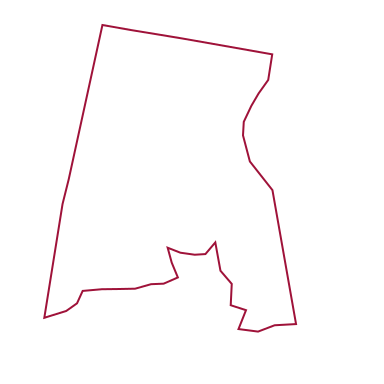 the district of São Vendelino, Rio Grande do Sul, Brazil, rotated 10°
{"feature_id": "56859067B53774247031455", "entity_name": "São Vendelino", "entity_type": "district", "adm_level": 2, "iso_a3": "BRA", "parent_name": "Brazil", "parent_adm1": "Rio Grande do Sul", "projection": "natural_earth1", "projection_center": [-51.365, -29.385], "detail": "fine", "context": "isolated", "style": "outline", "palette": "rose", "viewbox_px": 384, "rotation_deg": 10, "n_neighbors": 0, "source": "geoboundaries", "source_scale": "gbopen_adm2", "svg_char_len": 618}
<svg xmlns="http://www.w3.org/2000/svg" viewBox="0 0 384 384"><g transform="rotate(10 192 192)"><path d="M234.2,42.5L155.7,42.5L103.8,43.1L74.8,43.1L68.4,200.7L66.6,226.3L68.4,341.5L88.8,331.0L98.1,321.6L101.5,308.4L120.1,303.4L136.0,300.4L152.8,297.1L167.7,289.9L180.0,287.2L192.9,278.6L184.3,265.1L177.7,251.1L191.1,253.8L205.6,253.3L216.0,250.8L223.7,237.6L233.7,264.6L247.1,275.6L249.8,296.8L265.7,299.0L261.6,318.9L281.3,318.0L296.5,308.9L317.4,304.0L270.9,176.2L243.7,151.9L232.4,127.4L230.8,113.9L235.5,96.8L240.5,83.3L247.6,68.4L247.1,42.5L234.2,42.5Z" fill="none" stroke="#9f1239" stroke-width="2"/></g></svg>